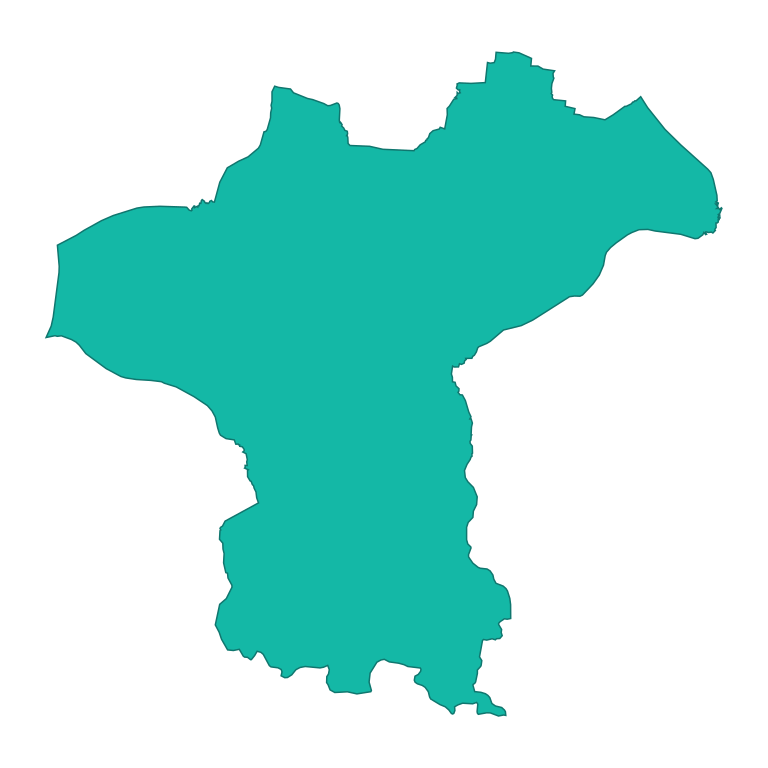 Sangkha, Surin, Thailand
{"feature_id": "78962969B46327860609250", "entity_name": "Sangkha", "entity_type": "district", "adm_level": 2, "iso_a3": "THA", "parent_name": "Thailand", "parent_adm1": "Surin", "projection": "albers", "projection_center": [103.87, 14.543], "detail": "fine", "context": "isolated", "style": "filled", "palette": "teal", "viewbox_px": 768, "rotation_deg": 0, "n_neighbors": 0, "source": "geoboundaries", "source_scale": "gbopen_adm2", "svg_char_len": 6067}
<svg xmlns="http://www.w3.org/2000/svg" viewBox="0 0 768 768"><path d="M712.9,233.0L715.3,230.5L714.8,230.0L715.2,228.8L716.1,227.6L716.0,223.0L717.3,222.9L718.2,222.1L718.2,219.5L719.2,219.6L719.2,218.7L720.1,217.9L719.8,217.3L718.6,218.1L718.0,217.6L718.6,215.7L719.8,215.9L719.7,214.8L718.6,214.3L719.6,213.8L721.9,208.4L721.3,207.8L719.8,209.5L718.9,208.5L716.8,208.5L718.2,207.3L716.7,205.3L717.8,205.1L717.8,204.5L716.2,204.6L715.6,204.0L718.2,203.6L718.3,203.0L715.8,201.9L717.2,200.8L716.9,195.3L713.3,179.4L710.9,172.7L707.8,169.2L680.9,145.0L665.0,129.4L647.6,107.6L640.7,96.7L636.0,100.9L634.9,100.8L633.5,102.1L632.7,102.1L631.4,103.8L626.1,106.4L624.9,106.3L613.2,114.8L605.0,119.8L593.8,117.5L583.9,116.8L579.6,114.8L574.0,114.1L575.0,108.6L565.2,106.3L565.6,100.9L553.8,99.7L552.6,98.5L552.1,96.5L552.6,95.1L551.2,93.6L551.8,92.3L551.4,88.3L551.9,83.6L553.9,78.1L553.3,77.1L553.0,73.4L554.6,70.8L543.1,69.1L538.0,66.1L530.8,66.0L531.5,58.4L519.0,52.8L513.3,52.0L512.9,52.6L508.6,53.3L496.1,52.3L495.5,59.2L494.2,62.6L490.2,63.2L487.5,62.5L485.3,82.6L471.0,83.4L459.2,82.9L457.0,84.0L457.3,84.9L456.4,88.1L458.3,90.0L459.7,89.8L459.6,92.0L460.2,92.8L458.4,93.5L457.2,92.4L457.1,95.4L455.0,97.5L456.6,97.9L456.8,98.6L453.8,99.2L449.4,106.1L447.1,108.5L447.3,114.8L444.7,128.9L440.2,127.3L439.3,129.0L433.1,130.7L429.8,133.6L428.4,137.7L427.1,138.8L426.9,139.8L425.7,140.4L425.2,141.9L420.2,144.8L417.0,148.5L414.7,149.5L414.0,150.7L382.9,149.3L369.6,146.3L350.0,145.5L348.1,143.5L347.8,137.5L347.3,135.8L346.6,135.7L347.6,133.9L347.3,131.3L344.8,130.3L343.7,128.0L341.6,126.0L342.1,124.7L341.1,123.0L340.5,122.3L340.2,122.9L339.7,122.5L339.3,120.1L339.9,108.7L339.2,105.0L338.2,103.5L336.9,103.0L330.3,105.5L327.7,105.7L323.9,103.6L312.7,99.6L307.6,98.5L293.5,92.8L290.5,89.0L278.6,87.4L274.7,86.2L272.0,91.8L272.0,101.3L271.1,105.3L271.7,108.2L270.7,112.7L270.5,117.9L267.2,129.6L265.8,131.4L264.0,131.8L260.3,145.0L258.4,148.2L248.0,156.9L238.6,161.2L227.3,167.8L219.8,182.2L214.4,202.1L212.7,201.9L211.4,200.5L209.7,201.4L209.5,202.4L208.0,203.6L206.9,202.8L206.1,203.4L204.7,202.3L204.5,201.3L202.2,199.6L201.4,200.5L200.8,203.4L199.7,203.2L199.0,205.7L198.2,205.8L197.8,207.1L197.1,206.4L194.6,207.6L194.7,206.1L194.1,205.9L191.8,208.8L191.9,210.4L191.3,210.8L189.3,210.2L186.7,207.3L184.8,207.1L159.9,206.3L143.9,207.0L136.9,208.1L113.3,215.5L101.4,220.7L84.1,230.3L76.2,235.4L57.4,245.2L59.2,266.3L59.0,272.6L53.2,317.1L51.2,326.1L46.1,337.5L55.0,335.7L57.3,336.3L61.4,335.8L71.4,339.5L76.0,342.1L79.3,345.2L85.8,353.6L106.3,368.7L120.9,376.5L125.7,377.9L136.3,379.5L150.9,380.4L161.4,381.7L164.3,383.2L176.2,386.9L194.1,396.7L207.4,405.6L212.0,410.9L215.3,417.0L217.7,427.9L219.3,433.1L220.5,435.2L226.0,438.6L234.3,439.9L235.8,444.2L238.2,444.1L238.5,444.8L239.6,444.8L239.7,446.3L242.4,446.8L244.2,449.5L244.2,450.7L242.8,452.0L246.1,453.7L247.3,459.7L246.7,461.9L247.2,465.5L245.1,465.4L245.2,467.4L244.6,468.1L248.3,469.8L247.5,470.5L247.6,476.7L250.1,480.9L251.2,481.4L252.3,484.5L253.6,485.8L254.1,488.1L256.0,492.0L256.7,497.8L258.5,502.9L225.1,521.1L222.5,526.1L220.5,527.4L220.0,528.5L220.8,530.0L220.0,530.7L219.5,539.3L222.8,543.2L223.0,549.0L224.1,553.5L223.6,562.9L225.8,572.6L227.5,573.2L228.0,578.0L231.9,585.2L232.0,587.2L226.3,598.6L219.7,604.3L215.3,624.9L219.2,632.3L221.5,639.2L227.6,649.9L233.4,650.5L239.3,649.3L243.3,656.2L244.6,657.1L247.5,657.3L250.6,659.7L251.4,659.6L254.7,655.5L257.1,651.3L260.9,652.3L263.3,654.4L269.3,665.6L271.0,666.9L278.0,667.8L281.2,669.5L282.0,671.9L281.1,675.8L284.8,677.7L287.5,677.5L291.8,674.8L295.9,669.7L300.0,667.5L305.2,666.5L320.0,667.9L323.6,667.2L327.7,665.4L329.3,669.7L328.5,674.0L326.8,676.6L326.6,682.6L328.0,684.6L330.1,689.9L334.8,692.5L347.4,691.8L356.9,693.9L370.8,691.7L371.4,690.5L369.1,682.1L370.1,673.1L376.9,662.2L380.9,660.0L384.3,659.3L389.3,661.9L398.7,663.2L404.1,664.7L407.8,666.5L420.3,668.0L421.0,669.4L420.6,671.3L418.3,674.4L415.0,676.2L414.3,680.2L415.1,682.2L417.4,683.8L422.2,685.4L425.1,687.3L428.3,691.7L429.6,697.0L430.7,699.0L440.0,704.6L445.3,706.8L448.9,710.0L451.4,713.5L452.7,714.0L453.8,713.4L454.9,710.5L454.6,706.8L457.9,704.9L462.6,703.2L472.7,703.8L476.6,702.4L477.8,704.2L477.1,711.3L477.3,713.0L478.3,714.3L486.7,712.8L490.3,712.9L498.5,716.0L503.7,715.0L505.8,715.4L505.4,711.6L504.4,710.0L501.7,707.5L495.5,706.0L491.9,703.5L489.8,697.6L487.9,695.4L485.4,693.7L480.9,692.3L474.7,691.6L473.0,685.3L473.1,684.4L474.7,683.4L475.6,682.0L477.4,673.4L477.4,670.0L480.7,666.4L481.2,665.1L481.8,660.6L479.5,656.9L482.5,640.5L483.5,639.5L486.7,640.1L492.1,638.8L495.4,639.8L496.5,638.7L499.8,638.5L502.2,635.7L501.2,632.5L501.6,629.5L498.7,624.6L498.6,623.4L500.1,621.7L504.4,618.8L507.2,619.2L510.7,618.5L510.6,604.6L509.8,598.4L507.5,591.1L506.0,588.6L503.2,586.1L496.0,583.3L493.8,579.2L492.9,575.0L490.1,570.9L487.1,569.0L480.1,568.2L478.0,567.3L472.8,563.1L468.6,557.0L468.5,554.7L471.0,548.0L470.8,546.9L467.8,544.0L466.6,539.7L466.6,527.3L468.2,522.4L472.9,517.4L473.4,511.1L476.6,504.6L477.2,496.8L473.4,487.4L467.9,481.8L465.3,477.6L464.5,470.5L467.0,464.4L470.2,459.5L471.0,457.1L472.0,456.3L471.9,453.6L472.5,453.2L472.3,446.1L470.2,443.4L470.0,441.3L470.9,440.0L471.2,435.6L471.7,435.0L471.1,434.8L471.5,426.9L472.4,423.1L471.1,418.9L469.9,418.9L471.0,416.8L468.8,412.1L465.4,400.6L462.4,395.0L459.9,394.7L458.0,392.3L458.9,391.1L459.0,388.7L456.0,385.9L455.1,382.3L452.5,381.8L452.4,377.2L451.4,374.0L452.6,366.1L454.2,367.0L458.5,366.9L459.5,363.7L461.4,364.4L464.1,363.2L464.7,360.7L466.2,359.5L465.7,358.4L471.9,358.3L472.7,356.4L474.4,355.2L476.4,351.9L477.7,347.9L478.7,346.8L486.8,343.4L490.4,341.2L503.5,330.0L521.3,325.6L532.9,320.0L569.5,296.7L574.6,296.0L580.0,296.2L582.5,295.0L593.0,283.9L599.3,275.0L603.5,265.2L605.2,255.6L606.5,252.2L610.6,247.5L616.4,242.7L627.5,234.8L631.9,232.5L639.0,229.7L647.9,229.4L655.1,231.0L680.8,234.3L695.0,238.7L698.0,238.3L702.8,234.8L703.9,232.4L705.6,234.6L706.6,234.2L705.5,232.8L705.9,231.8L708.6,232.5L711.4,232.1L712.9,233.0Z" fill="#14b8a6" stroke="#0f766e" stroke-width="1.5"/></svg>